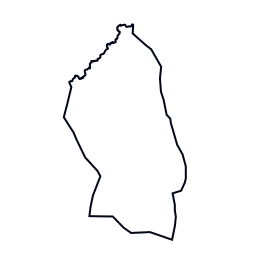 Norovlin, Hentiy, Mongolia (Mercator projection), rotated 10°
{"feature_id": "93677404B9718982388588", "entity_name": "Norovlin", "entity_type": "district", "adm_level": 2, "iso_a3": "MNG", "parent_name": "Mongolia", "parent_adm1": "Hentiy", "projection": "mercator", "projection_center": [111.78, 48.583], "detail": "fine", "context": "isolated", "style": "outline", "palette": "ink", "viewbox_px": 256, "rotation_deg": 10, "n_neighbors": 0, "source": "geoboundaries", "source_scale": "gbopen_adm2", "svg_char_len": 4572}
<svg xmlns="http://www.w3.org/2000/svg" viewBox="0 0 256 256"><g transform="rotate(10 128 128)"><path d="M105.3,221.5L114.2,220.1L128.3,217.8L141.1,227.0L149.3,230.8L167.7,226.7L190.8,230.4L191.2,215.9L190.5,207.0L188.4,200.9L187.5,195.7L183.3,184.6L191.2,180.5L193.4,172.1L193.7,167.5L191.5,155.5L186.3,144.5L179.4,136.1L171.0,119.0L169.5,116.1L168.0,111.4L163.8,108.4L158.0,93.6L154.2,86.7L150.9,73.9L150.0,61.9L137.2,46.5L130.8,43.1L116.2,34.1L115.2,25.6L114.6,25.2L114.4,25.2L114.2,25.3L113.9,25.6L113.8,25.9L113.8,26.4L113.8,26.7L113.8,27.0L113.6,27.2L113.2,27.4L112.8,27.6L112.3,27.7L111.9,27.7L111.4,27.7L111.1,27.8L110.7,28.0L110.3,28.3L110.1,28.4L109.5,28.4L109.3,28.5L109.0,28.5L108.9,28.5L108.7,28.5L108.3,28.4L108.1,28.1L107.9,27.5L107.7,27.2L107.4,27.0L107.1,26.9L106.9,26.8L106.7,26.8L106.3,27.0L105.8,27.3L105.4,27.4L105.1,27.4L104.2,27.8L103.9,28.1L103.7,28.4L103.6,28.5L103.4,28.5L103.2,28.5L102.9,28.5L102.7,28.3L102.7,28.2L102.6,27.8L102.4,27.7L102.3,27.8L102.2,27.9L102.0,28.5L101.9,28.6L101.5,28.8L101.0,28.9L100.8,29.1L100.7,29.3L100.5,29.8L100.5,30.0L100.3,30.2L100.2,30.4L100.1,30.5L100.1,30.8L100.0,31.0L100.3,31.5L100.5,31.9L100.5,32.0L100.4,32.2L100.2,32.3L100.2,32.6L100.2,32.8L100.3,33.0L100.7,33.2L100.8,33.3L101.3,33.6L101.5,33.9L101.7,34.3L101.8,34.4L102.0,34.5L102.3,34.4L102.7,34.3L102.9,34.4L103.1,34.6L103.2,34.8L103.2,35.2L103.2,35.5L103.2,35.9L103.3,36.5L103.2,36.8L102.9,37.0L102.7,37.3L102.5,37.8L101.9,38.6L101.8,38.8L101.8,39.1L101.8,39.3L101.8,39.6L101.9,40.3L102.0,40.5L102.0,40.8L101.9,40.9L101.8,41.0L101.8,41.3L101.8,41.5L101.8,41.8L101.7,42.0L101.4,42.3L101.1,42.4L100.8,42.5L100.5,42.8L100.4,43.2L100.5,43.4L100.5,43.8L100.4,44.3L100.5,44.5L100.8,44.7L100.9,44.8L101.0,44.9L101.0,45.2L101.0,45.3L100.9,45.5L100.7,45.5L100.2,45.9L99.9,46.2L99.4,46.6L99.2,46.8L98.9,46.9L98.7,46.9L98.4,46.7L98.2,46.3L98.2,46.1L97.9,46.1L97.6,46.2L97.6,46.4L97.5,46.7L97.5,46.9L97.3,47.1L97.1,47.2L96.9,47.2L96.4,47.2L96.2,47.3L95.9,47.5L96.0,47.8L96.0,48.2L96.1,48.5L96.0,48.8L95.9,48.9L95.6,48.9L95.4,48.9L95.2,48.9L95.2,49.0L94.9,49.0L94.6,49.0L94.5,48.9L94.3,48.8L94.1,48.7L93.9,48.6L93.7,48.7L93.4,48.8L93.1,49.1L92.9,49.3L92.8,49.5L92.9,50.1L92.9,50.4L93.0,50.5L93.3,50.8L93.3,51.0L93.2,51.2L93.2,51.4L93.3,51.7L93.3,52.0L93.5,52.3L93.9,52.5L94.1,52.6L94.2,52.8L94.3,52.9L94.4,53.1L94.4,53.4L94.4,53.5L94.1,53.8L93.4,54.2L93.0,54.4L92.9,54.6L92.8,54.8L92.6,55.1L92.2,55.8L92.1,56.1L92.1,56.4L92.0,56.6L92.0,56.8L91.8,57.3L91.7,57.6L91.4,58.2L91.3,58.4L91.2,58.6L91.2,58.9L91.2,59.0L91.0,59.3L90.8,59.4L90.6,59.4L90.4,59.4L90.2,59.4L90.1,59.5L89.8,59.8L89.6,60.0L89.3,60.0L88.7,60.4L88.4,60.7L88.2,60.8L88.2,61.0L88.2,61.3L88.3,61.4L88.3,61.5L88.2,61.8L88.3,61.9L88.5,62.7L88.5,63.0L88.5,63.3L88.3,63.6L87.7,64.3L87.4,64.6L86.7,64.9L86.4,65.1L86.2,65.2L86.1,65.4L86.2,65.6L86.2,65.8L86.3,66.5L86.3,66.8L86.2,67.0L85.7,67.2L85.2,67.2L84.9,67.2L84.6,67.3L84.3,67.6L84.1,67.7L83.6,67.8L83.3,67.7L83.1,67.7L82.9,67.7L82.8,67.8L82.7,68.0L82.6,68.3L82.4,68.5L82.2,68.6L81.8,68.5L81.6,68.4L81.3,68.3L80.7,68.3L80.4,68.4L80.3,68.5L80.6,68.8L80.7,69.0L80.6,69.5L80.1,70.3L79.9,70.6L79.6,71.1L79.4,71.3L79.3,71.5L79.3,71.8L79.4,72.1L79.7,72.5L79.8,72.8L79.8,73.0L79.7,73.4L79.7,73.7L79.6,74.0L79.7,74.3L79.8,74.5L80.0,74.8L80.2,75.1L80.2,75.4L80.2,75.7L80.1,75.8L80.0,76.0L79.9,76.0L79.7,76.0L79.5,75.9L79.1,75.7L78.9,75.8L78.2,76.8L78.0,77.1L77.7,77.5L76.9,77.7L76.5,77.9L76.0,78.2L75.8,78.4L75.6,78.6L75.6,78.9L75.5,79.3L75.6,79.6L75.7,80.3L76.0,80.9L76.2,81.2L76.6,81.9L76.7,82.3L76.7,82.6L76.8,82.7L76.7,82.9L76.7,83.2L76.6,83.3L76.4,83.7L76.1,84.1L76.1,84.4L76.0,84.5L76.0,84.4L75.9,84.3L75.7,84.6L75.5,84.9L75.1,85.2L74.9,85.4L74.7,85.6L74.8,85.7L74.9,85.9L74.9,86.4L74.9,86.6L74.7,86.8L74.4,86.9L74.2,86.9L73.8,86.8L73.6,86.8L73.2,86.9L73.2,87.0L73.3,87.4L73.3,87.5L73.2,87.7L73.0,87.8L72.7,87.8L72.3,88.0L72.2,88.0L71.9,88.1L71.7,88.0L71.6,87.9L71.4,87.8L71.3,87.7L71.2,87.7L70.9,87.4L70.8,87.0L70.8,86.9L70.7,86.7L70.1,86.1L69.9,85.9L69.7,85.7L69.3,85.6L69.1,85.7L68.8,85.8L68.6,85.8L68.4,85.8L68.1,85.7L67.7,85.4L67.4,85.4L67.2,85.5L66.7,85.9L66.7,86.1L66.7,86.3L66.7,86.5L66.8,86.7L66.9,87.0L67.0,87.3L67.0,87.5L66.7,87.9L66.3,88.2L65.8,88.6L65.5,88.9L65.3,89.2L65.2,89.4L65.2,89.8L65.2,90.0L65.0,90.6L65.0,90.8L65.0,91.0L64.9,91.4L64.8,91.6L64.7,91.7L64.5,91.8L64.1,91.8L63.8,91.8L63.5,91.8L63.4,91.9L62.7,92.3L62.4,92.6L62.3,92.8L62.3,93.1L62.3,93.4L65.1,97.6L64.0,114.9L62.9,128.5L75.4,142.2L79.2,148.2L91.0,164.5L105.3,175.5L109.2,180.3L105.2,200.5L104.8,212.6L105.3,221.5Z" fill="none" stroke="#020617" stroke-width="2"/></g></svg>